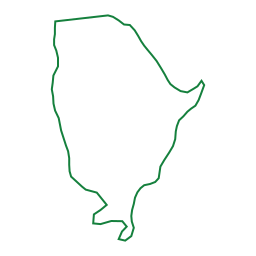 Japaratinga, Alagoas, Brazil
{"feature_id": "56859067B76266642594277", "entity_name": "Japaratinga", "entity_type": "district", "adm_level": 2, "iso_a3": "BRA", "parent_name": "Brazil", "parent_adm1": "Alagoas", "projection": "robinson", "projection_center": [-35.291, -9.093], "detail": "fine", "context": "isolated", "style": "outline", "palette": "green", "viewbox_px": 256, "rotation_deg": 0, "n_neighbors": 0, "source": "geoboundaries", "source_scale": "gbopen_adm2", "svg_char_len": 1107}
<svg xmlns="http://www.w3.org/2000/svg" viewBox="0 0 256 256"><path d="M201.5,80.8L197.5,86.3L193.5,88.8L187.4,92.4L180.6,91.1L174.5,87.4L170.4,84.1L167.7,80.0L164.8,74.5L161.2,68.4L156.6,61.0L151.7,54.8L147.6,49.9L144.2,45.7L141.2,41.3L138.1,35.8L134.7,30.3L129.8,25.0L124.0,24.5L118.7,20.4L112.9,16.8L108.0,15.4L55.3,21.4L54.9,27.7L54.9,34.1L54.1,39.3L54.1,45.1L56.3,50.6L58.0,57.8L58.0,66.4L53.4,75.5L52.7,82.8L51.8,89.3L53.1,96.4L53.5,103.6L55.1,110.6L58.7,118.1L61.1,130.4L66.0,145.6L68.1,151.2L69.2,158.1L69.2,164.9L69.6,171.3L71.1,176.6L82.0,186.6L85.7,189.6L96.8,192.6L106.7,204.9L100.5,210.0L93.9,214.4L93.2,223.4L100.5,224.1L111.3,221.0L122.3,221.2L126.7,226.6L122.0,231.5L118.7,239.1L125.2,240.6L131.3,236.1L133.8,227.8L131.8,221.5L131.3,216.0L132.1,210.0L133.8,203.9L135.0,197.7L137.4,192.3L140.5,188.2L144.2,185.2L150.0,184.0L155.2,182.0L158.7,178.2L160.4,166.6L164.3,160.0L169.2,152.5L173.0,146.1L175.2,139.2L175.8,131.3L176.9,126.1L179.1,120.3L183.3,116.4L187.4,111.7L191.0,108.7L195.4,105.7L198.6,100.1L200.9,94.1L204.2,85.1L201.5,80.8Z" fill="none" stroke="#15803d" stroke-width="2"/></svg>